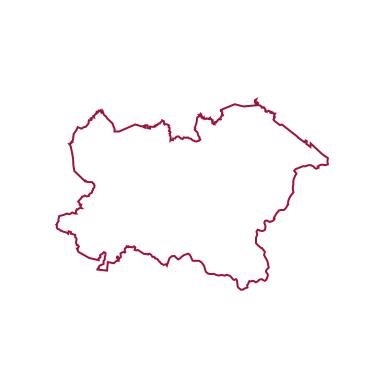 Venustiano Carranza, Puebla, Mexico (Robinson projection), rotated 339°
{"feature_id": "50627088B90206204829893", "entity_name": "Venustiano Carranza", "entity_type": "district", "adm_level": 2, "iso_a3": "MEX", "parent_name": "Mexico", "parent_adm1": "Puebla", "projection": "robinson", "projection_center": [-97.693, 20.505], "detail": "fine", "context": "isolated", "style": "outline", "palette": "rose", "viewbox_px": 384, "rotation_deg": 339, "n_neighbors": 0, "source": "geoboundaries", "source_scale": "gbopen_adm2", "svg_char_len": 6019}
<svg xmlns="http://www.w3.org/2000/svg" viewBox="0 0 384 384"><g transform="rotate(339 192 192)"><path d="M142.3,251.6L147.3,245.7L150.1,244.7L152.8,245.5L154.3,249.0L155.0,250.0L156.8,249.8L159.0,248.8L162.1,248.0L166.4,248.2L167.6,250.3L167.9,256.1L168.8,256.8L173.9,258.7L175.8,261.5L176.8,265.1L176.3,271.4L177.6,273.7L179.3,275.0L183.2,276.3L184.9,278.2L187.1,279.5L190.4,280.3L192.4,281.7L194.9,281.8L197.6,284.2L199.2,288.6L199.9,289.2L201.8,289.1L202.2,290.0L202.2,291.1L200.8,296.6L200.9,297.8L202.7,300.8L204.8,301.4L206.3,300.9L209.6,301.0L210.2,298.6L211.0,298.3L213.6,295.8L214.1,296.3L217.5,296.9L219.2,299.2L221.5,298.9L223.1,298.1L225.7,298.2L227.9,300.9L228.8,301.0L230.3,300.2L233.0,297.0L233.2,295.8L232.5,292.9L232.9,292.1L234.3,291.0L236.5,290.2L237.6,283.8L236.7,276.8L238.6,273.9L237.2,269.4L236.6,269.2L234.6,265.7L233.4,262.7L235.4,257.6L237.6,255.3L238.0,252.2L238.7,251.5L239.9,250.8L241.7,252.5L243.9,253.7L246.1,253.6L247.1,252.8L248.4,250.0L248.5,246.5L249.9,245.2L251.2,245.3L252.3,246.0L253.8,247.9L257.0,247.9L258.7,247.4L259.5,246.6L259.0,245.7L263.4,242.1L265.5,241.2L266.2,240.4L269.0,240.7L270.6,241.6L272.3,241.5L274.7,240.1L276.8,238.1L277.3,238.2L277.8,236.3L279.5,233.8L282.2,231.3L286.7,228.6L286.9,226.5L287.7,224.0L289.4,221.0L290.9,217.2L293.9,214.0L296.1,212.3L295.0,208.8L296.7,207.8L304.8,207.7L306.9,208.6L310.4,208.7L312.6,209.6L314.6,211.8L315.3,213.6L316.3,214.8L318.8,214.7L318.6,213.2L321.9,212.7L324.0,213.4L325.4,214.5L327.2,214.9L328.8,214.8L329.4,211.9L331.0,209.1L327.0,203.1L320.2,189.2L318.7,192.4L316.0,188.0L317.4,185.8L316.5,184.6L314.9,185.9L310.4,179.1L310.4,178.4L300.1,161.2L298.1,161.1L294.5,155.3L294.0,153.6L294.9,152.8L295.3,151.7L295.8,152.1L296.2,151.7L296.3,149.7L297.7,148.6L296.0,147.8L295.8,146.7L294.3,146.7L294.1,146.3L294.5,145.7L293.5,145.6L293.5,144.3L292.5,143.5L290.5,144.0L290.3,143.9L290.5,143.5L289.4,143.0L289.4,142.5L290.1,141.9L289.7,139.2L288.1,138.5L288.6,138.2L287.4,137.5L286.8,135.8L283.7,133.8L283.8,132.9L284.9,133.4L285.6,132.7L284.8,131.4L283.3,131.0L283.5,130.1L285.1,128.6L283.8,128.8L283.0,130.1L283.1,134.1L270.7,130.6L263.4,125.4L250.0,125.7L249.7,126.1L248.4,125.7L247.9,126.7L248.8,128.2L248.7,128.9L247.8,130.1L248.5,131.3L248.4,131.5L246.9,131.6L245.0,133.1L244.9,134.5L244.4,134.5L244.1,133.4L243.6,133.4L241.3,134.4L241.0,135.0L239.8,135.2L239.5,135.6L239.0,135.1L238.1,135.8L237.9,135.1L237.6,135.1L237.4,136.9L236.5,136.5L236.4,134.9L235.8,134.9L236.8,132.8L236.2,132.8L236.5,131.6L236.3,130.9L235.3,129.8L234.8,130.4L234.4,130.2L235.0,129.3L233.4,129.6L232.1,128.5L231.0,128.8L230.3,127.9L229.8,128.1L229.4,127.4L229.6,126.8L228.9,127.2L228.7,126.5L228.0,126.7L227.7,126.3L228.1,125.6L227.6,125.0L228.0,124.7L228.6,125.4L228.0,123.8L228.3,123.1L227.6,123.2L227.6,122.3L226.9,122.8L226.1,122.6L226.5,123.9L223.7,124.2L220.8,129.3L217.6,133.1L217.7,134.1L216.8,134.9L218.4,138.3L218.1,142.0L218.7,143.7L218.1,144.7L218.3,145.3L218.0,145.8L218.3,146.1L217.2,146.6L214.1,146.4L213.0,145.8L212.0,144.5L211.1,144.1L210.1,141.8L208.5,141.0L208.0,139.9L207.4,139.8L207.0,139.3L205.5,139.2L204.1,138.1L202.2,139.2L201.7,138.6L201.0,138.3L199.4,135.4L198.6,134.9L196.8,135.0L195.5,136.0L193.5,135.3L192.8,136.7L191.7,135.8L190.3,136.3L191.5,133.8L192.0,131.5L191.6,131.0L192.2,129.8L192.0,129.4L193.2,128.7L193.3,127.7L192.3,126.8L193.2,125.9L194.1,124.2L193.4,122.8L194.5,121.7L193.0,119.9L191.1,119.0L190.5,119.1L190.3,118.1L190.9,117.1L191.0,115.6L189.9,114.6L189.8,115.1L187.6,115.7L186.6,116.5L185.1,116.1L184.2,116.8L183.1,116.7L183.0,117.2L181.1,116.7L181.0,117.7L179.1,117.3L176.0,115.8L175.5,117.7L173.5,116.4L174.2,113.7L172.0,113.0L171.4,115.2L170.3,114.3L170.6,113.1L168.9,113.0L163.2,108.6L145.6,109.4L141.3,107.7L142.4,105.4L142.2,102.6L142.4,99.7L139.3,93.0L138.8,90.8L137.4,88.2L137.5,85.3L137.0,86.1L136.7,86.0L136.7,85.6L136.1,85.5L136.6,84.0L135.9,83.6L136.1,82.8L135.4,82.9L134.9,83.6L134.1,82.6L132.3,83.4L132.5,84.0L132.2,84.1L131.6,83.2L130.6,84.7L130.0,84.5L128.5,85.6L127.3,85.6L127.3,87.3L126.3,86.6L125.5,87.0L123.8,87.0L124.3,88.3L124.0,88.6L122.1,88.5L121.4,88.1L119.8,91.1L116.1,93.1L114.1,92.7L111.5,93.3L108.6,90.5L108.2,90.8L106.0,93.0L102.3,95.4L100.1,99.7L98.9,101.3L97.4,102.1L98.0,102.6L96.0,103.2L94.5,103.0L95.2,105.2L94.1,112.5L92.9,118.4L90.7,125.0L89.7,130.3L96.0,143.7L96.6,143.2L97.9,145.2L102.3,147.0L102.6,148.2L103.4,149.4L103.1,150.3L103.4,150.9L102.3,152.9L100.6,153.6L100.4,154.6L99.3,155.1L98.7,156.4L97.5,157.0L96.0,156.9L95.2,157.8L94.7,157.8L94.2,158.8L91.9,158.3L90.5,156.8L89.4,157.3L87.6,157.0L87.2,157.6L82.3,160.1L83.1,162.5L82.5,163.8L82.9,164.4L83.8,164.4L82.4,166.2L83.1,167.4L81.6,166.7L78.4,167.4L78.2,167.0L77.1,167.8L76.0,170.0L76.2,170.6L74.7,170.0L72.9,168.2L70.1,168.9L69.1,168.6L67.6,167.3L63.8,167.4L59.4,166.9L57.4,169.8L57.0,171.3L54.7,173.0L54.1,174.2L53.7,174.1L53.8,175.1L53.0,176.7L53.3,178.3L54.5,179.2L55.5,181.1L56.3,181.3L57.5,182.8L60.5,185.0L61.4,186.6L62.8,184.5L64.6,186.1L63.9,187.5L67.6,190.1L66.8,192.1L67.4,194.0L67.2,195.0L65.6,197.5L65.4,200.1L66.2,200.4L66.6,201.1L66.5,201.8L66.8,202.4L65.4,203.3L64.9,204.3L64.3,203.9L64.4,207.1L72.4,216.8L80.5,222.2L81.1,220.4L82.7,220.4L83.3,219.9L83.2,218.6L83.8,217.9L85.7,217.7L88.2,216.6L89.4,217.9L88.2,220.6L87.2,221.5L86.5,223.6L84.6,224.9L83.7,227.5L79.3,227.7L78.3,228.4L78.0,229.2L76.6,229.7L75.9,230.5L84.5,234.9L88.3,227.3L93.5,230.5L97.0,229.3L99.0,229.9L99.4,229.2L98.4,227.3L98.4,226.2L99.0,225.5L99.5,225.6L99.8,226.7L100.6,227.8L102.2,227.3L103.2,223.8L105.5,223.3L106.9,223.7L107.5,224.5L108.1,224.3L108.0,223.0L109.1,220.7L110.7,220.3L111.5,219.2L112.1,219.9L112.9,219.9L112.6,220.6L112.9,220.8L114.5,221.1L116.5,222.3L118.2,221.9L118.9,222.4L119.1,223.8L118.4,224.2L117.7,225.5L119.1,226.6L120.6,226.7L125.1,232.7L126.4,233.0L128.5,234.5L128.8,234.1L130.1,234.3L131.4,236.1L131.8,238.4L133.3,238.9L133.7,239.5L133.6,240.5L135.7,242.2L136.4,245.2L137.3,246.4L137.3,247.4L139.4,249.9L142.2,250.2L142.3,251.6Z" fill="none" stroke="#9f1239" stroke-width="2"/></g></svg>